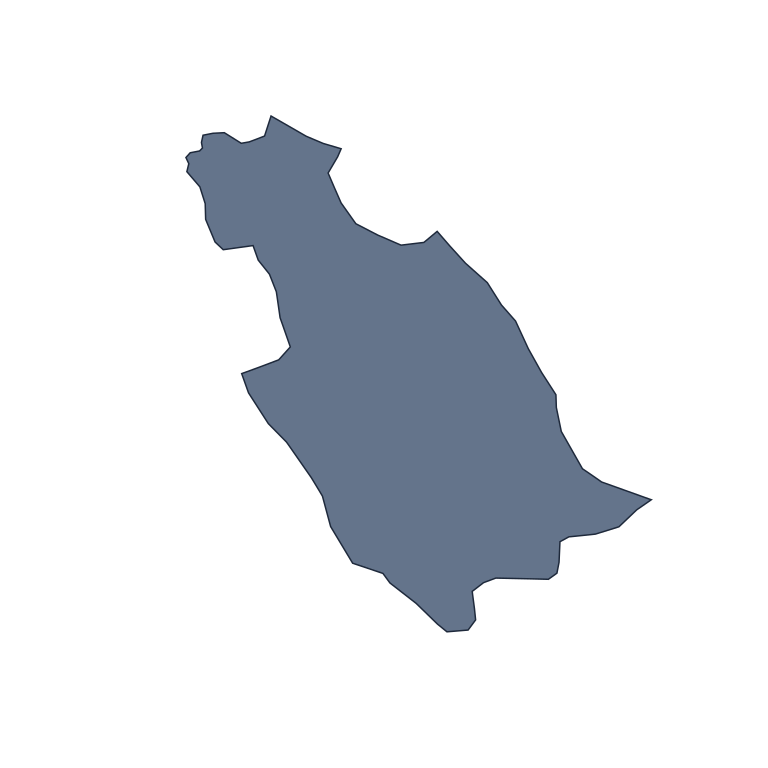 Mefou-et-Afamba, Centre, Cameroon, rotated 122°
{"feature_id": "32672807B57773393916452", "entity_name": "Mefou-et-Afamba", "entity_type": "district", "adm_level": 2, "iso_a3": "CMR", "parent_name": "Cameroon", "parent_adm1": "Centre", "projection": "equal_earth", "projection_center": [11.787, 3.937], "detail": "fine", "context": "isolated", "style": "filled", "palette": "slate", "viewbox_px": 768, "rotation_deg": 122, "n_neighbors": 0, "source": "geoboundaries", "source_scale": "gbopen_adm2", "svg_char_len": 1284}
<svg xmlns="http://www.w3.org/2000/svg" viewBox="0 0 768 768"><g transform="rotate(122 384 384)"><path d="M340.5,96.0L341.2,99.0L351.8,147.6L351.5,152.5L350.7,170.8L330.3,208.5L312.6,225.4L302.0,232.5L290.7,256.5L277.6,280.3L260.9,305.8L254.8,326.2L243.3,350.1L238.4,378.9L232.1,401.2L226.4,419.8L242.8,425.2L257.2,443.1L261.0,468.1L263.0,492.8L253.2,516.3L244.0,529.8L234.7,543.2L215.9,543.7L207.2,545.0L212.2,563.0L215.1,581.2L216.6,621.8L237.0,616.7L244.9,622.6L250.1,626.6L255.5,632.6L255.5,652.6L262.0,661.9L268.9,669.3L275.9,666.8L280.1,663.0L284.1,663.9L290.6,670.9L296.9,672.0L300.6,666.3L308.4,663.7L314.4,644.6L325.8,631.2L338.9,622.5L353.1,602.5L355.3,591.5L336.0,568.4L345.6,556.3L351.6,539.3L362.8,524.2L366.2,521.3L382.9,507.2L387.5,501.4L402.2,483.1L419.3,486.1L436.5,499.2L450.6,510.2L463.3,494.2L478.9,461.1L484.9,436.0L486.0,433.3L502.0,395.9L508.4,383.2L511.7,376.8L533.2,353.7L552.6,315.6L545.2,284.5L549.6,273.5L552.4,246.4L553.0,240.5L559.3,211.3L560.8,199.3L548.1,182.3L535.5,181.3L526.5,188.3L515.1,197.7L513.1,199.3L499.7,194.3L489.3,186.3L488.0,184.1L471.4,156.2L462.5,141.1L452.8,137.1L442.4,141.1L424.5,151.2L415.6,146.2L414.1,144.2L402.3,129.0L399.2,125.1L380.6,109.1L356.8,103.0L340.5,96.0Z" fill="#64748b" stroke="#1e293b" stroke-width="1.5"/></g></svg>